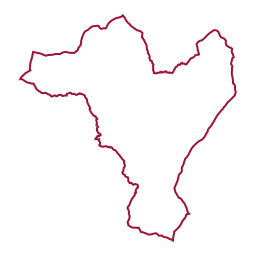 Chivor, Boyacá, Colombia
{"feature_id": "7082276B38103327022456", "entity_name": "Chivor", "entity_type": "district", "adm_level": 2, "iso_a3": "COL", "parent_name": "Colombia", "parent_adm1": "Boyacá", "projection": "robinson", "projection_center": [-73.366, 4.86], "detail": "fine", "context": "isolated", "style": "outline", "palette": "rose", "viewbox_px": 256, "rotation_deg": 0, "n_neighbors": 0, "source": "geoboundaries", "source_scale": "gbopen_adm2", "svg_char_len": 5674}
<svg xmlns="http://www.w3.org/2000/svg" viewBox="0 0 256 256"><path d="M233.7,57.4L233.0,54.3L232.0,52.7L231.8,52.2L231.8,51.1L232.1,48.7L231.9,48.4L229.4,47.3L226.8,45.8L225.9,44.2L225.7,42.3L225.9,40.8L225.0,39.4L223.9,38.5L220.9,37.2L219.8,35.4L218.7,32.7L217.8,31.1L215.6,30.2L214.4,30.2L213.2,30.5L212.5,31.2L210.3,32.6L208.1,34.4L205.6,37.0L202.1,40.2L200.2,40.7L199.1,41.3L197.6,42.5L196.6,44.0L196.7,45.2L197.4,47.3L197.9,50.9L198.5,52.3L199.0,54.3L198.7,54.6L198.2,54.8L196.2,54.8L195.4,55.3L194.0,56.8L192.8,57.7L192.4,57.9L192.0,57.8L191.4,58.3L190.6,58.5L189.4,60.3L186.3,64.4L185.2,64.3L184.6,63.8L184.0,63.6L182.7,63.7L182.1,62.8L181.4,63.3L180.7,63.5L180.6,64.1L180.1,64.7L179.6,64.9L178.6,64.5L178.1,64.8L176.9,66.6L175.9,67.0L175.6,67.3L174.6,69.3L174.0,70.0L173.1,72.1L172.3,72.9L171.8,73.1L170.8,72.7L169.6,72.8L169.4,72.5L168.8,72.7L168.2,72.7L167.5,72.4L166.8,72.5L166.0,71.3L165.2,71.4L164.0,72.3L162.4,72.1L161.6,72.7L161.3,72.6L160.9,71.8L160.4,71.8L160.2,72.3L159.5,72.6L158.4,72.7L158.1,72.9L157.6,72.7L156.3,73.3L155.4,73.4L153.8,73.0L153.8,72.7L154.0,72.3L153.9,71.6L153.2,70.8L153.3,70.2L153.0,69.1L153.4,67.9L152.9,66.6L152.9,66.0L153.5,65.0L153.5,64.7L152.8,63.6L152.4,63.4L151.8,61.1L150.2,60.6L150.2,59.6L149.5,58.6L149.4,57.6L149.7,57.1L149.6,56.0L148.8,54.2L147.8,53.2L147.9,51.8L147.8,51.0L147.0,49.8L146.6,45.8L146.3,44.5L145.7,43.7L144.8,42.0L144.8,41.5L144.4,41.0L144.0,39.9L143.4,39.4L142.7,37.9L141.9,37.4L142.4,33.9L142.4,32.9L139.9,30.9L137.9,30.5L136.9,30.2L131.1,26.0L129.7,24.3L128.1,22.9L126.5,21.0L125.7,19.9L124.6,17.4L123.9,17.0L122.9,15.4L122.6,15.8L120.8,16.8L118.3,17.7L116.4,18.0L113.2,19.6L111.4,20.7L109.7,22.2L108.0,24.1L106.0,28.1L105.2,28.4L103.6,28.2L101.8,28.8L100.7,28.7L100.1,28.2L99.4,27.4L98.7,26.0L98.3,25.8L97.8,25.7L95.4,26.1L93.7,26.1L92.2,26.5L90.9,27.3L87.6,30.1L85.6,31.1L84.0,32.7L83.8,33.5L82.3,36.8L81.3,40.2L80.9,44.1L80.3,45.6L78.5,47.8L77.9,49.6L77.0,51.0L76.2,51.3L74.3,52.9L71.0,52.9L68.7,52.6L66.3,52.0L64.5,52.1L62.7,52.5L59.9,54.1L55.5,54.0L52.4,54.8L48.6,55.0L45.6,55.7L40.5,53.5L33.1,52.0L31.7,58.7L30.8,61.3L30.2,64.1L29.8,68.2L30.0,69.6L30.4,70.3L25.4,73.2L21.5,76.9L20.3,79.1L21.1,79.0L22.4,79.4L27.1,82.5L29.5,82.8L31.5,83.6L32.3,83.7L33.5,83.5L34.1,84.9L34.9,86.0L36.4,89.0L38.9,91.2L39.9,91.6L41.4,92.8L42.0,93.0L44.1,93.2L45.1,92.7L46.5,93.1L47.5,94.0L50.2,95.0L50.3,95.4L51.5,96.5L52.2,96.5L54.1,95.6L54.9,95.5L55.6,95.6L56.2,96.2L56.9,96.3L57.9,95.5L59.3,95.0L60.4,94.8L61.1,94.8L61.5,95.1L61.9,95.7L62.6,96.0L65.5,95.4L66.0,95.6L66.7,95.5L66.8,94.9L66.8,94.3L67.0,93.8L70.7,92.7L71.8,93.9L74.3,94.0L75.1,94.2L75.7,94.8L76.3,94.9L77.0,94.8L78.1,94.0L78.7,94.0L79.4,93.3L79.8,93.3L80.3,93.8L80.8,93.7L81.6,94.1L82.2,94.1L84.6,95.3L85.2,97.2L85.6,97.5L86.0,98.5L86.8,99.0L87.3,102.2L87.8,103.5L89.3,106.5L90.2,107.7L90.1,108.2L89.6,108.7L89.6,109.3L90.2,110.8L91.7,113.3L92.8,114.5L93.1,115.4L95.5,116.3L95.7,117.2L96.9,118.1L97.3,119.0L96.5,119.4L96.2,119.9L97.0,123.3L96.8,123.9L96.4,124.5L96.4,125.0L98.0,126.6L98.0,127.0L96.9,128.2L96.8,128.6L97.2,129.3L96.9,130.2L97.2,131.1L98.3,132.9L100.6,134.4L100.7,134.9L99.3,136.0L98.9,136.1L98.4,135.8L98.2,135.9L97.8,135.8L97.5,136.0L97.4,136.7L97.3,137.0L96.6,137.3L96.3,137.8L96.2,138.2L95.8,138.3L95.4,139.0L95.7,139.2L96.7,139.0L97.9,139.5L99.3,139.3L99.4,139.9L99.0,140.6L99.9,142.2L100.1,143.4L100.1,144.0L99.3,145.1L99.4,145.5L100.2,146.0L100.8,146.1L101.6,146.6L103.1,146.7L106.3,146.2L106.9,146.5L108.1,147.3L108.9,146.9L109.3,146.9L110.1,147.5L110.6,147.5L111.2,147.1L111.7,147.4L113.5,149.6L113.9,149.9L115.0,150.1L115.5,150.4L117.9,153.6L119.9,155.6L120.0,156.3L121.5,157.9L122.6,159.6L123.8,160.4L124.1,161.1L124.0,163.0L125.0,165.3L124.6,166.8L124.0,167.3L123.7,168.0L123.3,171.1L122.6,171.9L122.4,172.5L122.8,173.8L123.1,174.2L124.6,174.7L125.0,175.1L125.3,176.2L125.7,176.7L127.8,177.3L128.2,177.8L128.3,181.3L129.2,182.0L129.6,183.1L130.1,183.2L131.3,182.8L133.2,184.8L133.8,184.7L134.4,184.2L135.6,184.1L137.2,184.7L137.7,185.1L137.9,185.8L137.9,187.2L137.8,187.7L136.9,187.9L135.8,190.3L135.6,191.3L136.0,191.9L136.1,192.4L136.0,192.8L135.1,193.0L134.8,193.5L134.7,195.4L133.1,197.1L132.7,198.0L131.7,199.1L131.2,200.5L130.3,202.4L129.2,205.4L128.0,206.7L127.6,207.6L127.6,208.2L129.0,211.5L128.8,213.3L129.6,216.1L129.4,218.5L127.9,221.6L127.7,222.2L127.7,222.9L128.0,223.5L128.3,223.9L128.2,225.0L130.4,226.7L132.1,227.4L133.5,227.7L136.6,227.7L137.2,228.0L138.6,227.7L139.2,228.2L139.7,229.8L140.8,231.8L141.3,232.1L142.5,232.1L146.9,233.8L148.6,234.6L151.1,234.4L154.5,233.4L155.9,233.3L157.0,233.8L158.6,235.4L159.0,235.6L160.5,235.7L161.7,235.4L162.2,236.0L164.3,237.1L166.2,237.3L167.7,237.9L169.6,239.0L171.9,239.7L172.4,240.3L172.9,240.6L173.4,236.0L174.0,234.0L174.2,231.7L179.1,227.0L181.5,223.3L181.6,222.5L182.8,220.5L184.9,218.1L185.6,217.0L186.0,215.1L186.5,214.3L187.9,214.2L189.0,213.8L188.0,213.0L186.4,207.7L184.6,203.7L180.7,198.5L178.7,197.7L176.5,193.8L175.5,192.3L174.8,189.9L174.5,188.7L174.8,187.2L177.6,180.6L178.8,175.2L179.8,173.7L181.2,172.4L181.8,171.3L181.8,167.6L182.2,166.6L183.1,165.5L183.7,163.2L185.2,158.8L187.1,156.8L188.1,155.3L191.4,148.9L193.2,146.4L197.2,142.5L199.3,141.0L201.7,139.8L204.2,137.4L205.7,134.7L206.2,133.5L207.5,131.9L207.7,130.3L209.2,127.9L210.1,127.1L211.7,125.0L212.6,123.2L213.2,122.5L217.1,115.5L222.4,109.2L223.3,108.4L223.7,107.2L224.8,106.4L227.4,102.7L234.2,96.1L235.0,94.8L235.7,92.0L235.1,89.6L235.0,86.1L234.3,84.3L233.0,83.3L232.8,79.1L231.9,74.3L231.8,73.3L231.8,71.7L232.1,70.2L231.9,69.1L232.0,67.8L232.4,66.7L232.1,65.6L231.1,64.2L231.3,62.4L231.8,60.9L232.2,58.6L232.6,57.9L233.7,57.4Z" fill="none" stroke="#9f1239" stroke-width="2"/></svg>